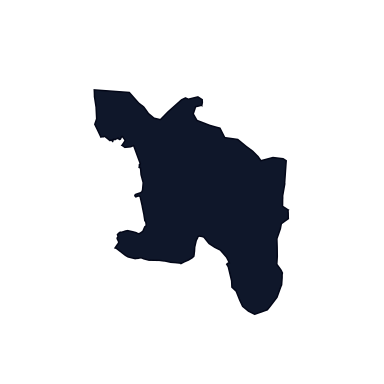 Jiblah, Ibb, Yemen, rotated 235°
{"feature_id": "15242507B54186769788160", "entity_name": "Jiblah", "entity_type": "district", "adm_level": 2, "iso_a3": "YEM", "parent_name": "Yemen", "parent_adm1": "Ibb", "projection": "albers", "projection_center": [44.129, 13.913], "detail": "fine", "context": "isolated", "style": "filled", "palette": "ink", "viewbox_px": 384, "rotation_deg": 235, "n_neighbors": 0, "source": "geoboundaries", "source_scale": "gbopen_adm2", "svg_char_len": 3767}
<svg xmlns="http://www.w3.org/2000/svg" viewBox="0 0 384 384"><g transform="rotate(235 192 192)"><path d="M190.3,96.9L189.3,97.7L178.3,101.1L175.5,102.4L170.0,107.2L169.0,109.3L168.7,109.5L167.8,111.8L167.1,112.8L164.9,114.2L160.9,117.6L154.7,126.1L153.5,127.4L151.5,129.6L151.4,129.7L151.3,130.0L146.6,134.3L143.5,138.1L140.2,141.9L139.7,141.9L139.2,145.8L138.3,150.0L138.0,154.2L138.3,156.6L139.6,157.9L139.9,158.1L142.1,160.1L145.3,162.6L149.9,167.7L151.0,169.8L151.4,170.6L151.9,171.0L152.1,171.5L151.8,172.6L149.7,174.8L148.1,175.9L147.9,175.9L144.4,176.1L140.0,176.4L136.0,178.0L133.7,178.9L128.2,181.9L118.7,182.9L112.6,182.0L113.1,180.5L112.9,179.0L109.9,178.8L96.5,173.5L91.1,170.1L85.4,171.3L76.1,169.1L69.3,167.9L66.8,168.6L66.1,168.8L62.0,169.9L55.9,173.2L52.3,186.1L53.6,190.6L57.0,201.2L63.4,210.3L63.6,210.6L64.5,212.1L69.3,216.0L70.6,217.0L72.5,218.3L73.8,219.6L76.9,220.1L79.0,220.1L84.2,220.0L84.3,220.1L90.3,224.9L97.8,230.0L105.0,234.7L106.4,236.6L107.2,237.7L107.3,237.9L109.5,240.9L110.5,242.3L111.2,243.3L112.9,245.0L113.0,245.1L114.8,247.0L114.9,252.1L114.9,254.5L114.9,255.6L116.0,256.3L119.1,258.4L120.0,259.0L120.3,259.1L122.2,260.4L122.2,260.5L122.8,260.2L128.3,258.0L129.0,258.4L130.2,259.3L134.0,262.0L135.0,262.8L136.9,264.1L143.8,271.0L144.6,271.8L145.4,272.6L145.5,272.7L146.3,273.1L163.6,287.1L167.0,285.7L173.8,278.1L178.1,266.4L179.9,266.4L183.3,266.4L184.7,266.1L190.6,265.1L196.0,263.3L198.0,262.6L208.8,259.6L213.3,254.8L217.0,250.8L217.8,250.0L228.2,251.5L228.3,251.5L231.7,248.6L236.5,244.7L238.3,243.5L247.8,237.1L252.1,237.5L255.3,237.8L258.3,241.9L259.8,243.8L258.8,246.3L257.5,249.8L257.4,249.8L257.8,250.2L259.5,251.9L261.7,253.2L261.8,253.3L265.7,251.7L266.5,251.4L267.2,249.7L270.1,242.2L272.8,240.6L273.5,236.3L271.4,218.4L269.4,207.7L269.8,207.2L274.3,203.2L281.3,201.3L282.8,201.3L283.4,201.3L284.9,201.3L289.3,201.2L291.1,200.7L292.5,200.2L295.4,199.3L309.5,197.7L331.7,170.5L331.4,170.3L329.8,169.3L326.3,167.0L326.2,166.9L325.9,166.7L325.0,166.3L316.3,162.0L315.4,161.4L314.6,160.9L306.8,156.0L306.7,155.9L306.5,155.7L303.2,151.2L296.9,150.2L289.2,148.9L289.1,149.5L288.8,150.2L288.2,150.7L287.8,152.1L287.2,152.6L284.1,153.5L282.6,153.9L281.8,154.1L281.2,154.3L281.0,155.4L280.4,155.9L279.8,156.0L279.1,155.9L278.9,156.0L279.0,156.2L279.3,156.5L279.7,157.1L280.3,157.5L280.1,158.2L279.9,158.4L279.1,158.9L279.0,159.6L279.0,160.5L278.6,161.4L278.6,162.3L277.7,162.6L277.0,162.5L276.5,162.9L276.4,163.8L277.4,165.4L277.7,166.3L277.5,166.8L277.0,166.9L276.3,166.8L275.3,166.9L273.6,166.9L272.6,166.9L271.6,164.7L270.4,161.4L270.3,161.5L267.1,162.6L264.7,166.8L264.2,167.8L263.6,170.8L263.4,170.8L249.9,167.2L249.5,167.1L244.8,165.9L244.7,164.9L244.3,164.9L244.3,164.5L244.2,164.2L243.6,164.1L243.4,164.1L243.3,163.9L243.1,163.8L243.0,163.6L242.9,163.3L242.9,163.1L242.8,162.9L242.7,162.8L242.2,162.9L241.9,163.1L241.3,163.6L240.5,163.2L235.4,160.2L227.7,157.4L226.7,156.6L222.2,152.8L221.0,151.3L220.9,150.4L220.9,149.4L221.4,147.8L222.1,145.4L222.4,144.1L221.7,143.0L220.2,143.2L219.7,145.3L218.8,146.7L217.8,146.8L208.8,143.1L208.5,142.9L203.0,140.5L201.1,139.7L200.2,139.2L196.3,137.3L195.8,137.0L195.4,137.0L194.0,136.9L193.7,136.9L193.2,136.6L192.6,136.3L191.7,135.8L191.2,135.5L190.9,135.3L190.6,134.9L190.6,133.5L189.8,132.1L188.4,129.9L188.0,129.1L188.0,128.7L188.0,127.4L188.0,125.1L188.2,124.8L188.3,124.9L188.5,124.4L188.7,123.9L190.4,123.1L191.5,122.3L191.7,122.1L193.5,120.6L197.3,117.1L198.3,114.9L198.6,113.7L199.2,111.9L199.2,111.7L199.5,111.1L200.3,110.0L200.3,108.7L200.1,107.5L199.9,106.5L197.9,105.9L197.7,105.5L197.2,104.2L196.7,104.0L196.5,103.9L193.3,103.4L193.0,103.2L192.3,102.4L192.2,102.3L192.2,102.2L191.7,100.6L190.3,96.9Z" fill="#0f172a" stroke="#020617" stroke-width="1.5"/></g></svg>